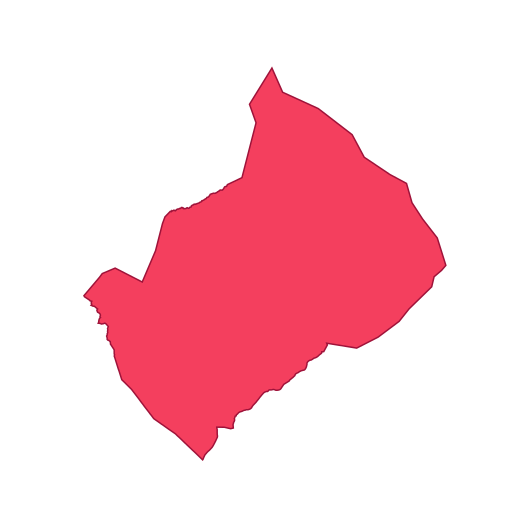 outline of Bayan-Uul, Dornod, Mongolia, rotated 247°
{"feature_id": "93677404B89192835653586", "entity_name": "Bayan-Uul", "entity_type": "district", "adm_level": 2, "iso_a3": "MNG", "parent_name": "Mongolia", "parent_adm1": "Dornod", "projection": "orthographic", "projection_center": [112.71, 49.077], "detail": "fine", "context": "isolated", "style": "filled", "palette": "rose", "viewbox_px": 512, "rotation_deg": 247, "n_neighbors": 0, "source": "geoboundaries", "source_scale": "gbopen_adm2", "svg_char_len": 5631}
<svg xmlns="http://www.w3.org/2000/svg" viewBox="0 0 512 512"><g transform="rotate(247 256 256)"><path d="M396.3,344.5L422.8,344.1L398.2,309.3L378.6,308.1L333.6,273.7L332.9,257.6L331.7,256.2L331.6,255.7L331.8,255.4L331.9,254.8L331.9,254.4L331.8,254.0L331.6,253.8L331.5,253.5L331.3,253.3L331.1,253.1L330.8,252.8L330.7,252.7L330.5,252.4L330.5,252.2L330.4,252.0L330.3,251.9L330.2,251.8L330.1,251.7L330.0,251.2L330.0,250.9L329.8,250.5L329.9,250.3L330.0,250.1L330.2,249.9L330.3,249.7L330.5,249.4L330.7,248.9L330.7,248.5L330.5,248.3L330.5,248.2L330.5,247.9L330.5,247.7L330.3,247.6L330.2,247.2L330.1,246.7L330.1,246.2L330.1,245.8L330.1,245.6L329.9,245.4L329.8,245.0L329.8,244.8L329.8,244.6L329.7,244.4L329.8,243.8L329.6,243.2L329.8,242.7L330.0,242.1L330.2,241.8L330.3,241.7L330.5,241.1L330.5,240.7L330.5,240.2L330.6,239.5L330.6,238.6L330.7,238.1L330.6,237.9L330.3,237.6L330.1,237.3L329.7,236.6L329.4,236.2L329.2,235.9L329.0,235.5L328.9,235.2L328.9,234.9L329.0,234.5L329.1,234.1L329.1,233.9L329.1,233.7L328.9,233.4L328.4,232.8L328.3,232.6L328.3,232.2L328.4,231.7L328.3,231.2L328.1,230.9L328.0,230.4L328.0,230.2L328.0,229.8L328.0,229.7L327.9,229.4L327.9,228.7L327.8,228.4L327.9,228.1L327.9,227.8L328.0,227.7L327.8,227.4L327.5,227.3L327.4,227.1L327.4,226.9L327.4,226.7L327.3,226.3L327.3,226.1L327.3,225.7L327.4,225.3L327.3,225.1L327.3,224.9L327.1,224.6L327.1,224.4L327.1,224.2L327.2,223.2L327.2,222.4L327.3,222.2L327.2,221.5L327.2,221.4L327.3,221.3L327.4,221.1L327.4,220.9L327.3,220.6L327.3,220.4L327.4,220.1L327.6,219.9L327.8,219.6L327.8,219.4L327.9,219.1L327.6,218.7L327.6,217.9L327.6,217.4L327.7,217.2L327.5,216.7L327.4,216.5L327.4,216.3L327.4,216.1L327.0,215.9L326.7,215.7L326.5,215.3L326.6,214.9L326.7,214.3L326.7,214.1L326.6,213.7L326.4,213.4L326.2,213.1L326.2,212.9L326.2,212.6L326.3,212.4L326.4,212.2L326.8,211.9L327.3,211.6L327.4,211.2L327.2,210.8L327.1,210.5L327.1,210.3L327.1,210.1L327.2,209.8L327.2,209.5L327.3,209.3L327.5,209.1L327.5,208.6L327.6,208.4L327.7,208.2L327.8,208.0L327.9,207.8L328.0,207.7L328.3,207.7L328.5,207.8L328.8,207.7L328.8,207.4L329.1,207.1L329.3,207.1L329.6,206.9L329.7,206.7L329.7,206.4L329.8,206.1L329.7,205.9L329.4,205.5L329.3,205.1L329.3,204.8L329.4,204.6L329.7,204.2L329.6,203.6L329.5,203.3L329.5,203.1L329.6,202.8L329.6,202.5L329.7,202.3L329.9,202.1L329.9,201.9L329.8,201.5L329.8,201.4L329.8,200.8L329.4,200.2L329.2,199.9L329.2,199.7L329.1,199.4L329.3,199.1L329.6,198.9L330.2,198.5L330.2,198.3L330.3,198.1L330.2,197.5L330.1,197.0L330.2,196.7L330.3,196.3L330.6,196.2L330.4,195.9L330.0,195.7L329.9,195.5L330.0,195.4L330.0,195.2L330.2,194.8L330.6,194.6L327.6,187.5L322.4,182.6L300.1,165.6L276.5,141.1L299.9,121.6L299.9,107.6L297.7,103.9L286.7,82.1L285.5,82.2L280.3,85.6L279.6,85.7L279.5,85.8L278.5,87.1L278.0,86.6L277.0,85.9L276.7,85.9L276.1,86.0L275.6,85.9L275.1,84.9L274.6,85.4L273.9,86.0L273.6,86.3L273.4,86.5L273.1,87.2L272.8,87.6L269.1,89.5L268.7,88.8L268.4,88.4L268.1,88.3L266.4,88.2L266.1,88.3L265.1,89.1L264.2,89.6L263.8,89.7L262.9,89.8L262.2,89.6L261.9,89.4L261.7,89.1L261.3,88.8L261.0,88.7L260.1,88.8L260.0,88.2L259.7,87.6L258.8,86.7L257.2,85.6L256.7,85.5L255.8,84.5L254.9,86.1L254.4,86.6L253.8,87.1L253.4,88.7L253.3,89.1L253.3,90.2L253.2,90.6L252.9,90.9L251.5,91.7L251.2,91.7L248.8,92.5L247.1,90.9L246.0,90.8L245.2,90.2L244.4,89.8L243.4,89.6L242.4,88.5L241.5,88.3L240.7,87.2L238.7,87.0L237.4,86.4L236.5,86.7L236.3,87.0L235.8,87.5L234.1,88.4L233.4,88.1L232.6,88.0L231.9,87.6L225.1,88.8L221.2,87.2L220.6,87.3L219.2,86.4L217.6,86.3L205.7,85.1L203.6,85.0L194.6,84.1L190.1,86.0L189.3,86.3L181.9,89.3L171.1,92.1L166.0,93.3L163.8,93.9L161.5,94.4L159.2,95.0L156.2,95.8L153.2,96.6L152.5,96.7L150.1,97.4L147.2,98.1L146.3,98.3L145.0,99.1L141.8,101.1L140.5,101.9L139.2,102.7L138.3,103.2L137.5,103.8L130.8,107.9L125.6,111.2L123.7,112.4L121.2,113.4L119.1,114.4L115.6,115.9L112.2,117.3L108.1,119.1L101.6,121.9L100.3,122.5L98.7,123.2L94.7,124.9L89.2,127.2L89.8,128.1L90.3,128.5L91.0,129.2L92.7,131.1L93.3,132.0L93.6,132.9L94.0,133.5L94.6,134.8L94.9,135.6L95.4,137.2L96.1,138.8L97.0,140.8L98.1,142.4L99.7,144.4L101.8,146.9L102.4,147.5L103.2,148.4L104.3,149.6L105.3,150.2L106.9,150.6L108.7,151.3L110.8,152.2L111.6,152.5L112.9,152.7L113.8,153.0L110.7,160.0L106.9,165.2L106.5,167.9L109.5,168.9L109.9,169.1L110.7,169.8L111.4,170.2L112.1,171.1L112.8,171.9L113.9,172.4L114.9,172.6L115.5,173.3L116.0,173.7L116.7,174.2L116.6,175.3L117.6,176.0L117.7,176.9L118.0,177.6L118.5,178.6L118.8,179.9L118.6,181.4L118.5,182.4L118.6,183.6L118.6,184.7L118.3,185.9L118.3,187.0L117.9,187.9L117.6,188.6L117.5,189.7L117.5,191.1L118.0,192.6L119.0,193.8L119.7,195.0L120.0,195.7L120.9,197.8L121.3,198.8L121.7,199.4L123.6,203.0L124.3,204.1L124.9,205.3L125.8,207.0L126.6,208.7L127.1,209.8L127.3,211.2L127.2,212.8L126.8,213.6L126.9,214.3L127.5,215.5L127.5,216.2L127.1,216.9L126.6,218.3L126.5,219.6L125.9,220.6L124.7,221.8L124.2,222.9L123.8,224.4L123.7,225.5L123.9,226.6L124.3,227.3L127.0,231.4L127.9,237.3L128.1,238.0L128.6,238.4L128.9,239.2L129.1,240.2L129.4,241.1L129.8,242.6L130.3,243.8L130.7,245.0L131.6,245.8L132.0,246.5L132.2,248.0L132.2,249.2L132.6,251.0L132.7,252.6L132.5,254.2L132.2,255.9L132.4,256.7L133.2,257.9L134.3,259.1L135.3,259.8L136.2,260.5L137.4,261.0L138.2,261.9L138.8,263.3L139.0,264.9L138.7,266.1L138.9,267.6L139.3,269.3L139.1,271.3L139.3,273.1L139.7,274.4L140.3,275.9L140.5,276.8L140.8,278.0L141.2,278.7L142.1,279.1L141.5,281.0L146.2,286.9L148.1,287.0L131.9,312.7L133.6,336.7L139.9,362.2L147.5,376.2L159.0,405.7L167.3,411.8L170.3,421.3L173.2,427.1L201.8,429.9L224.9,423.8L244.1,420.4L264.0,422.9L278.7,411.1L304.6,394.2L330.1,391.9L367.4,370.9L396.3,344.5Z" fill="#f43f5e" stroke="#9f1239" stroke-width="1.5"/></g></svg>